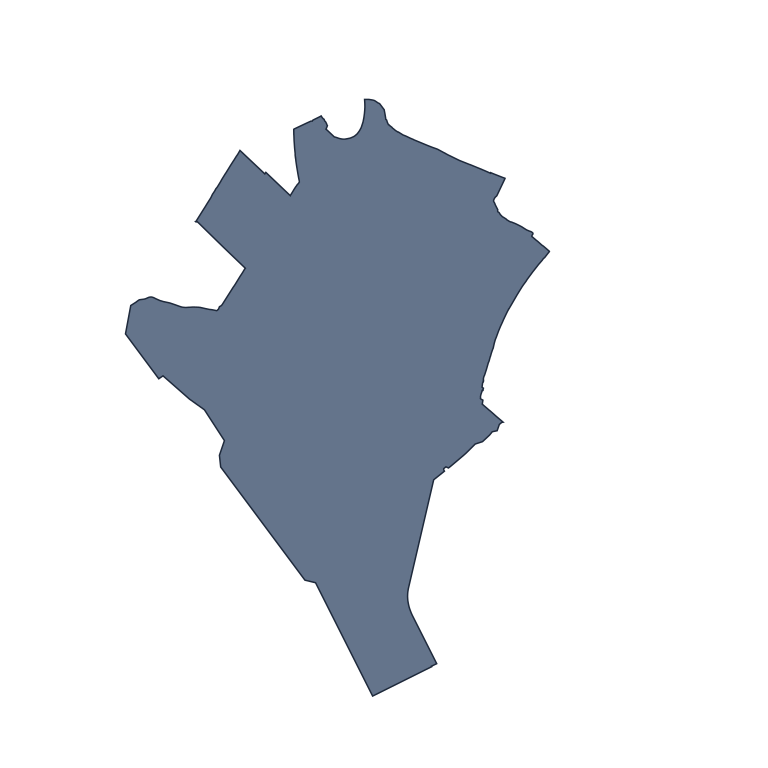 Kampen, Overijssel, Netherlands (Equal Earth projection), rotated 243°
{"feature_id": "6326949B29767545609349", "entity_name": "Kampen", "entity_type": "district", "adm_level": 2, "iso_a3": "NLD", "parent_name": "Netherlands", "parent_adm1": "Overijssel", "projection": "equal_earth", "projection_center": [5.959, 52.551], "detail": "fine", "context": "isolated", "style": "filled", "palette": "slate", "viewbox_px": 768, "rotation_deg": 243, "n_neighbors": 0, "source": "geoboundaries", "source_scale": "gbopen_adm2", "svg_char_len": 5835}
<svg xmlns="http://www.w3.org/2000/svg" viewBox="0 0 768 768"><g transform="rotate(243 384 384)"><path d="M295.9,472.8L304.1,469.4L312.0,466.3L312.8,465.9L320.4,462.8L321.1,462.6L321.4,462.4L324.7,464.8L325.3,464.4L326.7,463.5L327.2,463.3L327.4,463.4L328.3,464.0L328.9,464.2L330.2,465.2L330.5,465.4L330.6,465.5L330.8,465.8L331.5,466.4L331.6,466.6L332.3,467.3L332.8,467.8L333.2,468.0L333.5,468.4L333.8,468.8L333.7,468.9L333.3,469.1L333.4,469.4L333.5,469.5L334.4,470.0L334.7,470.3L335.1,470.7L335.3,470.6L336.6,469.9L340.0,472.2L340.9,473.2L340.8,473.4L341.1,473.6L341.4,473.7L342.0,474.1L341.8,474.2L342.1,474.4L343.0,474.7L343.5,474.9L345.1,476.2L345.4,476.5L345.8,477.1L346.3,477.7L350.4,481.8L354.8,485.9L355.7,486.7L356.0,487.2L356.8,488.1L358.7,489.8L359.8,490.8L360.2,491.2L360.2,491.3L360.4,491.5L362.8,493.7L365.5,496.5L366.4,497.6L369.7,500.3L370.1,500.6L370.5,501.0L373.0,503.3L374.7,505.3L379.0,509.9L382.5,514.0L385.4,517.7L387.0,519.6L391.0,524.8L391.9,526.0L392.8,527.2L393.8,528.7L394.0,528.8L394.2,529.0L394.3,529.2L394.2,529.4L397.6,534.7L403.1,543.2L405.0,546.3L407.9,551.1L409.0,553.1L411.1,557.3L412.1,558.9L412.8,560.3L416.6,567.9L416.8,568.4L419.3,573.8L420.3,575.9L421.5,578.9L422.4,581.1L423.2,582.6L423.5,583.5L423.7,584.6L424.0,585.2L425.7,588.8L426.2,589.9L426.3,590.2L426.5,590.7L426.8,591.2L427.1,591.6L430.9,590.1L434.5,588.6L436.1,587.7L438.2,586.9L441.3,585.7L442.6,585.1L443.2,584.8L443.7,584.6L447.9,582.9L448.2,582.7L448.7,582.9L449.1,583.3L449.4,583.6L450.1,584.9L450.8,585.1L451.1,585.1L451.4,585.1L452.1,584.7L452.8,584.3L453.1,584.1L454.4,582.8L454.7,582.6L455.5,581.9L456.2,581.3L456.9,580.8L457.6,580.4L460.3,578.8L461.4,578.2L463.8,576.5L466.6,574.4L468.2,573.1L468.8,572.5L470.5,571.1L470.7,570.7L470.9,570.4L471.0,570.3L472.7,569.1L474.1,568.3L474.7,567.9L474.9,567.9L475.1,567.9L475.6,567.7L478.5,566.0L478.9,565.7L479.3,565.4L480.5,565.1L482.0,564.6L484.2,564.4L484.7,564.3L484.9,564.2L485.4,563.8L485.7,563.7L485.9,563.6L486.6,563.8L486.8,563.9L487.6,564.5L493.3,564.5L494.6,564.7L494.9,564.7L497.0,564.6L497.3,564.7L497.5,564.8L497.9,565.2L498.2,565.3L499.5,567.1L499.8,567.6L499.9,568.0L500.1,568.4L500.2,569.1L500.3,569.3L500.5,570.0L512.2,585.2L512.3,585.2L512.5,585.2L512.7,584.9L514.3,583.4L521.2,577.3L523.9,575.0L523.4,574.6L528.7,570.3L540.4,560.3L540.5,560.1L548.6,553.0L549.2,552.5L558.0,545.9L558.3,545.6L568.6,538.5L569.0,538.2L570.3,537.0L572.6,534.8L576.4,531.4L582.5,526.2L588.0,521.5L588.4,521.3L591.0,519.1L594.8,516.2L597.3,514.0L602.0,511.2L602.0,510.9L603.0,510.3L604.0,509.7L605.1,509.1L605.5,509.0L607.3,508.2L608.3,507.7L608.8,507.7L609.1,507.6L611.4,506.5L611.5,506.5L612.6,506.1L613.2,505.8L613.2,505.7L614.3,505.7L615.9,505.8L617.4,506.1L617.9,506.2L618.3,506.1L619.0,505.7L619.4,505.9L620.8,506.4L624.3,507.5L624.6,507.6L627.4,508.4L627.7,508.5L628.2,508.7L635.7,507.4L636.2,507.1L637.0,506.4L640.6,504.4L641.0,504.1L642.1,502.9L644.1,500.2L644.5,499.6L646.4,495.9L642.5,494.2L639.4,492.7L637.0,491.3L634.1,489.5L630.6,487.1L627.0,484.3L623.3,480.6L622.6,479.8L620.9,477.3L620.3,476.2L619.5,474.6L619.0,473.5L618.5,471.4L618.3,470.5L618.2,469.4L618.3,467.2L618.4,465.8L618.5,465.3L619.3,462.4L619.9,460.4L620.7,458.8L621.4,457.7L622.2,456.7L623.2,455.5L625.8,453.0L626.7,451.9L635.7,448.7L637.4,448.0L638.1,448.9L639.9,450.9L640.3,450.9L641.1,450.8L641.5,450.9L641.9,451.0L642.6,451.0L643.7,451.0L644.1,451.0L645.3,450.6L645.5,450.6L647.1,450.8L647.6,450.4L649.3,449.9L651.4,449.7L651.3,448.5L651.4,440.5L651.2,440.0L650.8,439.4L651.4,438.2L651.6,433.6L651.9,423.5L652.0,419.6L651.9,419.2L647.2,416.9L646.2,416.5L641.7,414.4L638.4,413.0L634.9,411.5L629.0,409.2L628.5,408.8L628.4,408.8L626.0,407.9L626.0,408.0L622.3,406.6L617.9,405.1L613.8,403.8L610.0,402.6L606.7,401.6L603.4,400.7L602.3,400.2L601.6,398.9L601.3,398.2L601.2,397.7L600.8,396.8L600.6,396.5L600.0,395.4L599.5,394.3L599.4,394.2L598.3,392.3L596.4,389.3L594.5,386.1L594.4,386.0L626.2,374.8L625.3,373.2L657.5,361.7L655.4,358.5L654.3,356.6L654.1,356.1L651.2,351.3L651.1,351.0L650.6,350.2L648.5,346.6L643.8,338.9L643.5,338.3L643.4,338.1L640.0,332.5L639.1,331.1L638.6,330.5L638.1,329.6L637.7,329.0L635.8,325.9L635.2,324.9L635.0,324.5L634.6,323.6L634.4,323.0L633.8,322.2L633.6,321.8L633.3,321.4L633.2,321.4L631.5,318.4L630.7,316.9L630.7,317.0L630.5,316.8L628.6,314.3L624.8,307.9L622.7,304.5L621.9,303.1L615.2,291.9L614.2,290.3L614.3,289.9L613.7,290.1L613.9,290.6L614.0,290.7L614.1,290.9L614.0,291.0L613.8,291.1L611.2,292.1L603.4,294.7L585.3,300.8L583.3,301.5L579.4,302.8L565.3,307.7L550.1,313.0L549.6,311.9L547.5,308.6L545.1,304.4L540.5,296.9L539.3,294.8L538.7,293.6L530.6,279.9L528.1,275.7L527.6,274.0L527.6,272.5L527.3,272.3L526.5,271.2L525.7,270.3L525.6,269.5L525.3,268.8L525.3,268.2L526.2,267.1L528.4,264.3L529.7,262.3L532.1,259.3L535.6,255.1L536.7,253.4L539.2,248.9L539.8,247.5L541.0,244.8L541.2,244.4L542.0,242.5L542.4,241.7L542.6,241.4L543.4,240.1L544.3,238.8L546.2,236.9L549.7,233.6L553.3,230.1L554.4,228.8L557.3,225.2L557.9,224.5L558.9,223.5L560.0,222.3L563.7,219.3L565.1,218.3L565.7,217.8L566.5,217.0L567.2,216.1L567.7,214.9L568.0,213.8L568.2,210.3L568.5,208.8L569.8,205.2L570.1,204.3L570.1,204.1L570.1,203.7L570.0,203.0L569.7,201.1L569.5,200.2L568.9,194.0L546.0,176.4L490.9,185.7L491.6,190.8L458.9,203.8L442.5,212.3L406.0,216.1L395.2,205.0L384.2,200.8L245.1,224.5L238.0,232.8L111.1,232.2L110.5,298.2L111.0,298.2L110.9,304.0L164.9,304.2L167.4,304.3L169.4,304.5L171.9,304.8L174.2,305.2L176.2,305.7L178.3,306.3L180.2,306.9L182.1,307.7L183.9,308.5L185.0,309.1L186.1,309.7L187.9,310.8L189.0,311.6L190.1,312.4L191.1,313.2L276.1,384.8L278.9,398.3L280.3,398.2L280.6,398.3L281.5,398.8L282.1,401.6L279.9,403.3L280.3,405.5L284.4,422.9L285.1,425.6L289.1,438.0L287.9,445.6L290.6,455.0L292.3,458.8L291.0,463.6L295.6,468.4L296.3,471.5L295.9,472.8Z" fill="#64748b" stroke="#1e293b" stroke-width="1.5"/></g></svg>